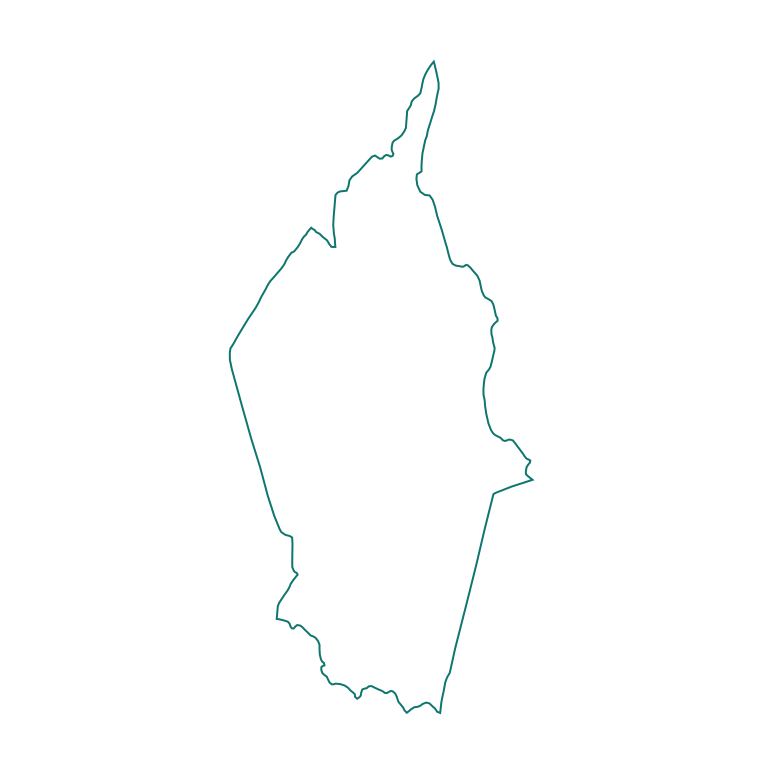 Mouloundou, Ogooué-Lolo, Gabon, rotated 185°
{"feature_id": "22940354B50404497002370", "entity_name": "Mouloundou", "entity_type": "district", "adm_level": 2, "iso_a3": "GAB", "parent_name": "Gabon", "parent_adm1": "Ogooué-Lolo", "projection": "equal_earth", "projection_center": [12.887, -0.678], "detail": "fine", "context": "isolated", "style": "outline", "palette": "teal", "viewbox_px": 768, "rotation_deg": 185, "n_neighbors": 0, "source": "geoboundaries", "source_scale": "gbopen_adm2", "svg_char_len": 3991}
<svg xmlns="http://www.w3.org/2000/svg" viewBox="0 0 768 768"><g transform="rotate(185 384 384)"><path d="M299.4,61.2L299.3,64.2L299.1,72.2L298.4,78.8L297.9,82.2L296.9,92.4L295.6,97.2L293.3,102.0L290.1,126.6L281.9,176.7L276.3,211.9L271.2,247.3L265.4,283.7L263.5,285.2L248.0,292.9L227.7,301.5L230.1,303.1L232.8,304.9L234.7,306.5L235.1,308.9L234.7,313.7L233.3,316.3L231.8,318.4L231.6,320.5L233.4,321.4L235.2,321.9L237.0,323.5L239.2,326.3L242.2,329.7L244.8,332.6L248.0,336.2L250.7,339.0L253.5,339.6L255.3,339.3L257.1,338.3L258.6,337.8L260.9,338.4L261.9,339.5L263.8,340.8L266.0,341.7L269.0,342.9L271.3,344.7L273.4,347.5L275.4,351.6L276.6,354.0L278.1,358.8L279.5,363.1L281.5,371.5L282.3,376.6L284.0,382.3L284.5,387.8L284.5,393.8L284.3,398.4L283.1,404.1L280.6,407.8L279.4,410.5L278.4,416.5L277.7,421.9L277.0,426.2L276.9,429.5L278.1,432.7L279.0,435.2L280.1,439.9L281.2,442.8L281.8,446.6L281.6,449.7L280.1,452.6L278.6,454.6L276.4,456.8L276.6,459.3L278.4,461.7L279.4,464.7L280.7,468.9L282.0,472.7L284.1,476.0L287.5,477.7L290.6,479.1L292.3,480.9L294.5,484.9L295.7,488.3L296.6,491.5L297.7,495.1L300.4,499.9L302.6,502.1L305.4,504.7L308.0,507.4L310.9,509.6L312.7,509.8L314.3,508.4L316.0,507.6L319.8,508.0L322.8,508.2L326.1,509.6L327.4,511.2L329.2,514.2L330.8,518.4L333.2,525.4L336.0,532.4L339.8,542.4L345.8,556.4L348.6,565.0L351.6,571.8L355.0,575.8L359.7,575.9L364.6,578.7L368.2,585.1L369.6,591.3L369.5,595.7L365.1,599.1L365.6,603.7L365.8,609.1L365.8,616.9L364.9,624.5L364.2,630.3L363.0,634.5L362.4,640.6L360.8,647.6L359.4,654.2L357.9,660.4L356.9,668.0L356.3,675.6L355.3,683.0L355.9,688.8L357.6,694.6L359.0,699.2L361.2,705.9L362.5,709.5L364.9,706.0L367.8,700.7L369.8,696.1L371.3,691.3L372.0,686.5L372.2,683.5L373.2,676.8L375.2,674.2L378.8,671.1L381.0,667.9L381.6,664.0L382.7,661.7L384.7,658.0L384.5,641.0L385.7,637.7L388.2,633.2L391.2,630.2L393.2,628.6L395.3,627.1L396.5,625.1L396.9,621.2L396.8,618.0L395.7,615.7L394.7,614.2L395.3,612.0L397.1,611.1L399.2,612.0L401.7,612.4L403.6,611.0L405.4,608.5L408.1,608.1L410.3,609.4L412.9,610.8L415.8,609.4L420.6,603.1L429.1,591.9L433.8,588.0L436.2,583.9L436.6,578.3L438.1,573.3L444.5,572.0L446.9,570.7L448.8,568.0L448.7,545.7L448.4,537.6L446.9,529.0L445.7,524.5L445.0,519.7L444.4,516.3L448.3,516.0L450.6,518.5L453.2,522.1L457.9,525.2L461.2,528.0L464.9,529.5L466.3,531.2L469.2,532.6L470.1,533.3L471.1,532.1L473.4,528.8L474.7,525.9L476.4,524.1L478.0,521.4L478.2,521.1L479.9,516.7L482.0,512.7L485.1,508.2L487.7,506.7L490.4,502.4L492.3,498.6L493.8,494.4L496.5,489.9L503.5,480.2L506.1,476.8L508.2,473.0L510.5,467.3L513.6,460.7L516.1,454.1L518.4,448.9L525.2,436.6L533.6,419.6L537.7,410.5L540.1,406.0L540.3,401.1L539.6,394.5L536.9,385.6L523.7,350.1L511.4,317.7L500.1,290.2L490.0,262.4L481.8,243.0L477.2,234.0L475.5,230.7L473.6,227.7L471.2,226.2L468.8,225.0L466.5,224.7L464.0,224.1L462.1,223.0L461.2,216.4L460.5,206.6L460.0,199.9L459.4,193.6L457.7,190.3L456.5,189.0L454.4,188.1L453.4,186.6L454.8,184.5L457.1,181.1L459.5,176.8L460.5,173.4L462.2,169.6L464.7,165.5L467.3,160.7L469.4,156.8L470.4,153.4L470.4,147.7L470.4,140.6L468.3,140.5L463.7,139.9L459.2,138.9L457.2,137.0L455.8,134.0L454.4,132.5L452.5,132.7L451.3,134.6L449.5,136.3L446.2,136.0L443.8,134.4L441.5,132.3L437.6,129.2L435.2,127.1L432.6,126.4L430.1,125.2L427.2,122.1L425.5,118.6L425.2,114.9L424.4,109.1L423.0,104.7L421.6,102.3L419.5,100.8L418.8,98.5L420.3,97.9L421.7,96.5L421.6,93.8L420.2,90.7L418.4,89.2L415.5,87.4L414.1,85.0L412.3,82.0L410.0,80.3L407.8,80.5L406.1,81.3L401.3,81.2L396.9,80.2L393.4,78.3L390.6,75.7L387.6,73.7L386.0,72.4L385.6,69.9L383.3,68.1L381.1,69.9L380.0,71.6L379.8,74.5L379.0,77.8L377.0,78.8L374.7,79.5L372.8,81.5L370.1,82.0L367.4,80.9L363.3,79.4L359.6,78.2L357.7,77.4L356.5,76.4L354.3,76.3L352.7,77.4L350.5,78.8L348.6,78.6L345.8,76.6L344.1,73.6L341.9,68.6L339.5,66.2L336.7,63.3L335.2,60.8L332.7,58.5L331.0,59.9L328.6,62.4L325.5,64.7L322.4,65.3L319.7,66.7L317.8,68.5L314.3,70.3L310.9,69.8L307.3,66.9L304.9,65.2L302.5,62.1L299.4,61.2Z" fill="none" stroke="#0f766e" stroke-width="2"/></g></svg>